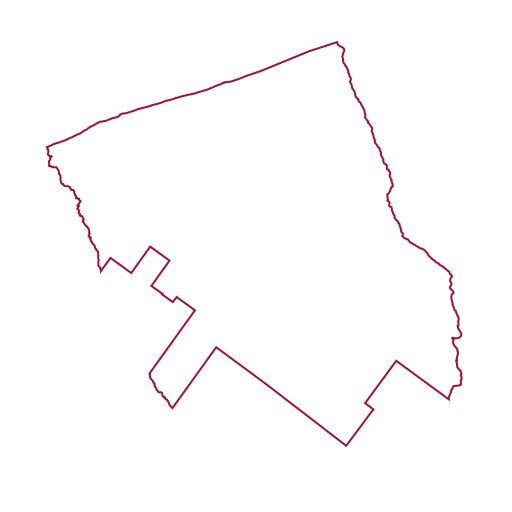 Tres Arroyos, Buenos Aires, Argentina (orthographic projection), rotated 172°
{"feature_id": "61730980B62269269094219", "entity_name": "Tres Arroyos", "entity_type": "district", "adm_level": 2, "iso_a3": "ARG", "parent_name": "Argentina", "parent_adm1": "Buenos Aires", "projection": "orthographic", "projection_center": [-60.092, -38.474], "detail": "fine", "context": "isolated", "style": "outline", "palette": "rose", "viewbox_px": 512, "rotation_deg": 172, "n_neighbors": 0, "source": "geoboundaries", "source_scale": "gbopen_adm2", "svg_char_len": 6021}
<svg xmlns="http://www.w3.org/2000/svg" viewBox="0 0 512 512"><g transform="rotate(172 256 256)"><path d="M377.6,149.7L377.3,148.9L375.9,147.3L375.1,144.9L374.2,143.8L374.2,143.1L374.6,142.7L374.3,140.9L373.9,140.4L373.1,137.7L372.4,136.8L371.7,135.1L371.2,134.5L369.4,134.3L368.5,134.0L368.2,133.7L367.9,133.0L368.2,131.5L367.8,130.0L366.8,129.1L366.3,129.2L366.1,128.6L366.2,127.8L365.5,127.5L365.2,126.8L364.1,126.0L363.8,124.9L363.2,124.3L362.9,123.5L362.7,121.9L362.0,119.9L359.9,117.0L308.1,171.2L262.5,126.4L193.1,55.5L161.1,87.8L168.4,95.1L131.7,132.7L85.0,87.2L84.6,89.5L81.8,94.3L81.6,95.5L80.8,96.6L79.9,97.2L79.6,98.4L79.1,99.2L77.8,99.8L76.1,99.5L73.9,99.5L71.3,100.0L71.0,100.3L70.6,102.7L70.7,103.8L69.8,105.0L69.4,106.2L69.4,107.6L69.9,109.1L69.9,109.6L68.9,110.6L68.9,111.0L69.4,113.5L72.0,117.5L72.3,120.1L71.7,121.6L72.3,123.0L72.3,123.5L72.0,123.8L72.3,124.8L72.0,125.1L71.5,125.0L71.5,126.9L69.8,130.6L69.7,131.2L69.4,131.7L69.6,132.5L69.4,132.8L69.8,134.2L69.5,134.8L69.9,136.1L71.0,138.2L71.4,138.4L72.3,140.1L72.9,142.7L72.9,143.4L72.0,146.0L72.1,146.5L73.1,146.8L73.2,147.2L73.0,147.6L71.9,147.5L71.3,146.9L70.2,146.9L69.3,146.5L66.1,146.8L64.3,148.1L63.6,149.7L63.6,150.6L64.1,152.3L65.0,154.4L65.4,154.7L66.0,157.5L66.0,158.9L65.4,158.9L64.9,159.9L64.8,160.6L65.1,162.6L64.1,164.8L64.2,167.5L64.3,168.2L65.0,169.5L65.9,173.2L65.8,173.8L66.8,174.6L67.1,175.2L67.2,177.0L67.9,179.9L68.2,180.4L67.8,181.7L68.3,185.4L68.4,187.7L67.9,190.0L67.5,190.5L65.5,192.1L65.4,192.6L65.8,193.8L67.4,195.9L68.2,196.6L68.5,197.6L68.3,198.2L66.9,199.9L66.2,201.3L67.3,204.6L67.2,205.0L66.2,207.2L64.8,208.3L64.7,208.9L65.4,210.1L66.5,211.2L66.7,211.8L66.7,212.8L66.9,213.5L71.1,217.8L72.0,219.3L74.7,221.1L76.2,223.1L79.1,225.3L79.8,226.6L81.4,227.8L83.1,230.1L84.9,232.1L85.8,234.5L88.0,238.1L90.3,240.0L92.7,241.0L93.6,242.0L95.8,243.5L97.3,244.9L100.9,247.6L101.9,248.7L103.3,251.3L105.2,252.2L106.3,253.0L108.3,255.2L108.3,255.7L107.6,256.7L107.5,257.9L107.7,258.6L108.9,259.9L108.7,261.8L109.1,263.6L108.9,264.6L109.5,265.6L109.5,267.6L109.6,268.1L110.4,268.7L110.3,269.6L110.8,270.7L112.6,272.6L112.7,273.3L113.3,274.2L113.5,274.8L113.1,276.5L114.3,278.7L114.3,279.6L115.0,282.2L114.8,283.3L115.0,284.9L115.2,285.5L116.6,286.4L117.2,287.3L117.2,287.8L116.5,289.3L116.3,290.2L117.3,292.1L118.1,292.6L117.4,293.4L117.7,294.0L117.6,296.0L117.4,296.7L117.6,298.2L114.9,300.7L112.2,305.5L110.9,305.7L110.8,308.8L111.6,311.1L111.1,312.5L111.7,313.4L112.5,316.7L112.4,317.5L111.8,318.3L111.6,320.0L111.8,320.9L112.6,322.0L112.6,322.9L114.2,323.8L114.1,325.8L113.8,327.0L114.3,328.4L116.0,329.6L116.5,330.8L116.6,331.7L116.8,332.0L116.4,334.0L117.1,335.4L117.4,336.9L118.1,338.0L117.9,341.2L118.2,342.8L118.8,344.1L118.7,345.6L119.5,346.3L120.4,347.6L120.8,349.2L122.2,351.3L122.4,352.0L122.2,354.6L123.0,357.1L122.9,358.1L123.3,361.1L124.0,363.3L124.0,364.1L123.3,365.2L123.1,366.6L124.4,368.8L125.3,371.0L126.4,372.2L126.5,372.7L126.2,373.5L127.5,375.5L128.6,377.9L128.8,378.6L128.0,380.6L128.4,382.4L128.5,385.9L129.2,387.2L129.3,388.1L130.6,391.0L131.0,392.7L131.5,393.7L132.8,394.8L133.0,395.3L132.7,396.8L134.0,397.9L134.2,399.0L135.2,400.4L135.3,403.3L135.7,405.6L137.4,408.9L137.6,413.1L138.0,413.5L138.7,415.5L137.6,417.2L137.4,418.3L137.6,419.6L138.2,420.6L138.6,423.6L139.1,424.7L138.9,426.1L139.1,427.5L139.7,428.9L139.8,429.8L141.1,432.4L141.6,433.9L142.5,435.1L142.7,435.9L142.4,439.0L142.8,441.1L141.8,444.0L140.0,447.1L139.8,447.6L140.1,448.8L140.9,450.1L145.2,453.3L145.9,455.0L145.9,456.5L175.3,451.3L226.4,438.3L239.8,435.8L249.0,433.6L254.9,432.5L258.0,432.2L260.7,432.2L261.4,432.6L262.5,432.3L263.4,432.4L263.5,431.9L265.9,431.6L266.0,431.4L266.7,431.3L267.7,430.8L269.7,430.6L280.8,427.6L292.5,425.9L293.0,425.6L306.2,424.6L312.4,423.6L313.5,423.8L313.7,423.5L315.9,423.0L320.3,422.4L323.1,422.3L329.1,420.9L334.6,420.1L336.8,420.1L339.6,419.3L352.7,417.8L355.7,417.0L363.6,415.7L366.7,415.4L367.6,415.7L370.4,415.2L370.9,415.1L371.5,414.0L372.2,413.5L373.6,413.2L373.9,412.8L379.1,412.4L385.6,410.8L392.6,410.5L393.8,409.8L395.9,409.3L397.5,408.4L401.7,407.1L404.7,405.7L406.4,404.7L408.8,404.0L413.4,401.7L415.9,401.2L421.5,399.3L423.8,398.8L427.8,397.4L435.5,395.8L440.3,395.1L444.3,393.8L448.0,392.9L447.6,392.0L447.7,391.1L447.2,391.0L447.2,390.2L446.8,389.5L447.9,385.4L446.7,383.8L445.8,383.4L445.2,383.5L445.1,382.9L444.8,382.7L445.3,382.3L445.6,382.6L446.0,382.4L446.6,379.9L447.8,378.7L448.0,375.4L448.3,375.0L448.4,374.0L448.0,373.6L446.7,373.7L446.2,372.9L445.2,372.3L441.3,371.6L439.6,368.0L439.4,365.6L439.7,365.2L439.6,364.7L438.6,363.1L438.5,360.8L439.1,359.2L438.6,355.1L437.8,354.3L437.1,354.2L436.9,353.3L435.6,351.8L432.3,351.2L430.8,350.2L430.6,349.9L430.6,348.9L430.0,348.4L430.0,347.3L427.5,346.6L427.1,345.8L427.2,344.0L426.8,342.3L426.9,341.9L425.9,340.5L426.1,340.0L426.1,338.3L424.9,338.3L424.6,337.5L423.3,337.2L423.2,336.0L422.1,334.9L422.3,334.2L423.2,333.6L424.5,332.0L424.7,331.0L424.9,331.0L424.4,330.4L424.8,329.8L425.7,329.8L425.4,328.9L426.4,327.6L425.3,326.7L425.3,325.5L424.8,325.0L425.5,324.1L425.4,323.8L425.6,323.5L425.4,322.9L424.8,322.6L424.7,322.0L424.5,321.8L424.9,320.6L423.9,320.0L423.2,320.0L422.9,319.6L422.1,318.4L422.0,317.7L421.5,316.7L421.7,316.3L421.7,315.7L422.2,315.6L422.8,314.1L421.9,313.2L421.4,311.5L420.2,309.9L420.0,309.4L419.1,308.6L419.2,308.1L418.9,307.6L417.9,306.5L418.2,306.0L417.7,304.2L417.7,303.1L418.0,302.6L417.6,301.5L418.0,300.6L418.5,300.3L418.9,299.5L418.4,298.4L418.4,297.9L417.1,297.4L417.2,296.4L417.8,296.3L417.8,295.6L417.5,295.1L417.5,293.8L416.6,293.0L416.4,291.2L415.1,290.0L414.6,288.6L414.2,288.2L414.4,287.2L414.2,286.3L411.9,282.2L411.9,280.4L412.5,276.1L412.4,275.3L412.4,273.6L413.1,271.9L413.1,270.8L413.5,268.5L412.0,266.3L411.9,264.3L411.6,263.5L411.7,262.6L400.4,274.4L381.9,256.5L359.5,280.0L342.3,263.5L363.8,240.9L353.9,231.6L354.4,231.1L344.8,221.9L340.3,226.4L324.0,210.7L377.9,154.4L377.5,153.2L377.8,152.0L377.5,150.6L377.6,149.7Z" fill="none" stroke="#9f1239" stroke-width="2"/></g></svg>